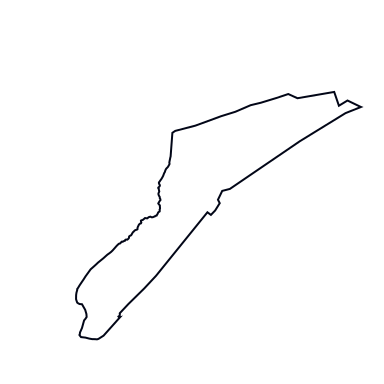 Santa María Yolotepec, Oaxaca, Mexico, rotated 316°
{"feature_id": "50627088B13897730718633", "entity_name": "Santa María Yolotepec", "entity_type": "district", "adm_level": 2, "iso_a3": "MEX", "parent_name": "Mexico", "parent_adm1": "Oaxaca", "projection": "orthographic", "projection_center": [-97.477, 16.884], "detail": "fine", "context": "isolated", "style": "outline", "palette": "ink", "viewbox_px": 384, "rotation_deg": 316, "n_neighbors": 0, "source": "geoboundaries", "source_scale": "gbopen_adm2", "svg_char_len": 2464}
<svg xmlns="http://www.w3.org/2000/svg" viewBox="0 0 384 384"><g transform="rotate(316 192 192)"><path d="M303.5,175.6L294.5,170.3L278.9,164.4L265.6,157.7L240.5,146.6L222.4,136.4L219.0,135.8L201.4,151.5L199.8,152.5L199.4,152.8L197.2,154.3L196.1,155.1L195.6,155.9L195.0,156.4L193.9,156.7L192.3,157.2L191.1,157.3L189.9,157.3L189.0,157.5L187.7,158.0L186.5,158.7L185.1,159.1L184.0,159.6L182.6,160.3L180.8,160.9L179.7,161.2L178.5,161.5L177.1,161.7L176.0,162.0L174.9,162.1L174.3,162.7L174.0,163.3L173.8,164.3L173.5,164.9L172.9,165.3L171.7,165.5L170.9,165.4L170.5,165.6L170.4,166.6L169.9,167.1L168.8,168.9L166.9,169.7L166.1,170.6L165.6,171.9L165.4,173.0L164.9,173.7L164.5,174.1L164.3,175.1L163.7,175.9L162.6,176.0L161.4,176.3L160.6,176.6L159.9,176.7L159.6,177.6L159.6,179.1L159.3,179.7L158.6,180.3L158.2,180.9L157.6,181.6L156.8,182.1L156.4,182.2L155.6,183.3L155.1,183.5L154.4,183.3L153.5,183.2L152.8,183.5L151.9,183.9L150.8,184.1L150.3,184.4L149.6,184.1L149.1,183.7L148.4,183.8L147.6,183.4L146.3,182.9L145.5,182.3L144.9,180.8L143.3,180.0L141.6,179.9L140.9,179.2L140.6,178.7L140.1,178.1L138.4,178.0L137.1,177.9L136.3,177.4L135.4,177.1L134.8,177.8L134.3,178.8L133.5,179.1L132.5,178.6L131.1,178.6L130.2,179.0L129.2,179.3L128.0,179.9L126.9,180.9L126.2,180.8L125.1,180.2L124.2,179.9L123.4,179.9L122.5,180.0L121.6,179.9L120.0,180.3L118.9,180.7L118.0,180.8L117.6,180.6L116.8,180.4L115.9,180.3L115.5,180.6L114.9,181.1L114.2,181.4L113.0,181.4L112.3,181.3L111.6,180.4L110.8,180.1L110.1,180.5L109.1,180.1L108.3,179.7L107.6,179.7L107.3,179.4L106.9,178.9L105.4,179.0L104.7,179.1L103.3,178.4L100.6,178.4L94.3,178.9L92.2,178.9L90.2,178.7L87.6,178.3L85.2,178.2L82.2,178.1L75.3,177.5L73.1,177.5L69.9,177.4L65.4,177.2L56.9,178.7L53.2,179.6L49.8,180.3L46.1,181.1L43.5,181.8L41.9,182.1L41.6,182.6L38.9,184.2L37.1,185.6L34.2,188.5L33.6,189.6L32.6,191.8L32.8,193.0L33.3,194.5L34.9,196.3L33.3,202.6L31.3,206.4L29.4,208.7L27.2,209.2L25.2,209.4L18.4,213.4L14.0,215.2L13.9,215.2L12.1,216.7L11.7,216.7L11.5,217.9L11.4,219.3L14.2,222.7L16.2,226.0L18.0,228.5L20.3,230.8L21.3,232.0L22.7,232.7L28.6,233.9L52.9,232.1L52.7,232.0L52.5,231.1L52.6,230.5L54.1,230.7L55.4,229.6L55.7,229.1L56.0,229.0L68.4,228.4L90.7,228.2L107.9,227.3L189.0,217.3L189.7,221.6L195.8,221.4L204.2,219.3L205.3,215.6L214.5,212.2L221.4,216.1L304.9,230.4L357.2,241.9L372.6,248.2L372.3,247.5L367.4,234.2L357.6,232.0L363.8,218.8L333.0,197.8L329.3,188.4L318.2,183.1L303.5,175.6Z" fill="none" stroke="#020617" stroke-width="2"/></g></svg>